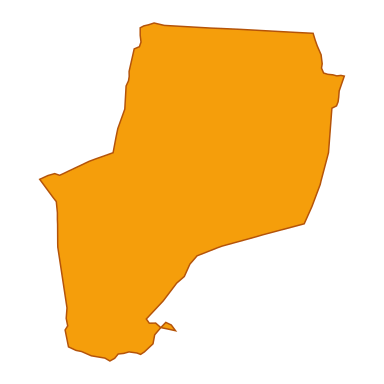 Igreja Nova, Alagoas, Brazil (Natural Earth projection)
{"feature_id": "56859067B76212973788295", "entity_name": "Igreja Nova", "entity_type": "district", "adm_level": 2, "iso_a3": "BRA", "parent_name": "Brazil", "parent_adm1": "Alagoas", "projection": "natural_earth1", "projection_center": [-36.632, -10.154], "detail": "fine", "context": "isolated", "style": "filled", "palette": "amber", "viewbox_px": 384, "rotation_deg": 0, "n_neighbors": 0, "source": "geoboundaries", "source_scale": "gbopen_adm2", "svg_char_len": 1255}
<svg xmlns="http://www.w3.org/2000/svg" viewBox="0 0 384 384"><path d="M160.8,327.6L155.7,323.1L149.3,323.2L146.3,319.0L163.2,300.9L176.7,283.1L184.3,276.5L189.9,264.1L197.1,255.8L217.4,247.8L222.1,246.1L256.7,236.6L263.1,234.7L304.2,223.8L311.9,206.6L320.2,184.5L321.1,180.6L328.5,152.7L331.9,108.2L336.5,105.9L338.1,101.8L338.7,97.3L339.2,90.9L344.3,76.1L340.9,75.4L336.8,75.9L332.8,74.8L327.7,74.3L323.6,73.0L321.5,68.1L322.2,63.8L321.1,54.8L317.2,45.8L315.1,39.9L313.1,33.3L293.6,32.3L241.0,29.4L221.5,28.5L211.3,28.1L164.3,25.4L154.1,23.0L148.5,24.8L143.8,25.9L140.2,27.8L140.2,35.3L141.0,42.1L139.4,46.7L134.2,48.9L129.1,71.4L129.2,76.5L128.5,80.8L126.1,86.0L124.8,109.1L117.8,128.6L116.1,136.8L113.1,152.7L100.5,157.2L96.2,158.7L89.2,161.3L68.7,171.0L64.0,173.3L59.6,175.3L54.7,173.6L48.0,175.5L39.7,179.3L53.4,197.9L56.3,201.6L57.4,212.8L57.4,219.6L57.6,224.2L57.7,243.1L57.8,247.2L67.0,307.9L66.2,318.4L67.7,325.9L65.1,330.0L68.5,346.9L76.0,350.4L81.5,351.5L91.3,355.8L104.9,358.1L109.9,361.0L114.7,358.3L118.2,354.0L123.8,353.4L129.0,351.9L136.9,353.0L140.6,354.4L144.4,351.9L153.0,343.8L154.7,334.8L160.8,327.6ZM160.8,327.6L167.2,328.9L175.5,330.7L171.3,325.0L165.8,322.4L160.8,327.6Z" fill="#f59e0b" stroke="#b45309" stroke-width="1.5"/></svg>